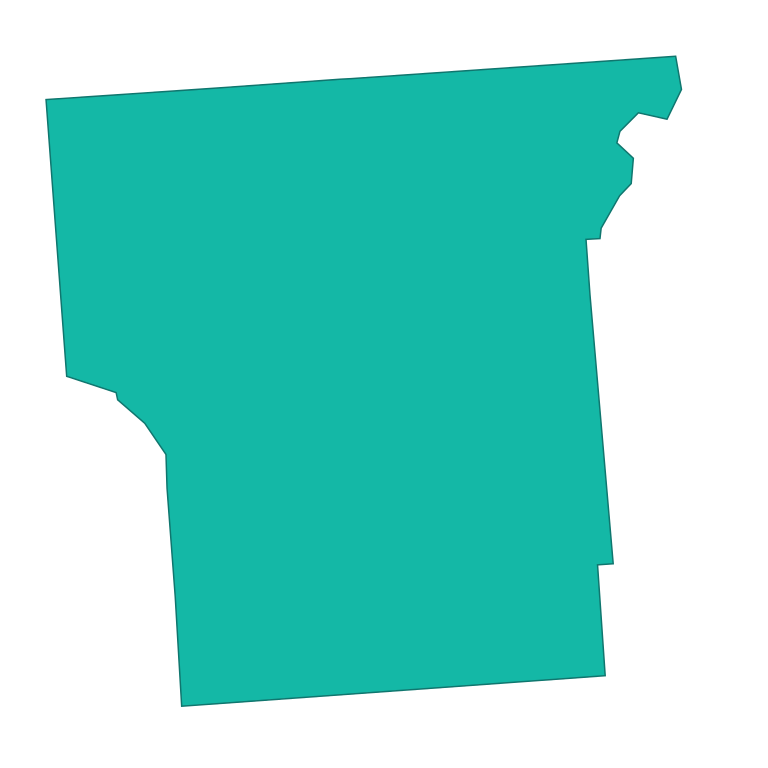 Latah, Idaho, United States of America (Robinson projection), rotated 86°
{"feature_id": "52423323B55768154384777", "entity_name": "Latah", "entity_type": "district", "adm_level": 2, "iso_a3": "USA", "parent_name": "United States of America", "parent_adm1": "Idaho", "projection": "robinson", "projection_center": [-116.78, 46.836], "detail": "fine", "context": "isolated", "style": "filled", "palette": "teal", "viewbox_px": 768, "rotation_deg": 86, "n_neighbors": 0, "source": "geoboundaries", "source_scale": "gbopen_adm2", "svg_char_len": 520}
<svg xmlns="http://www.w3.org/2000/svg" viewBox="0 0 768 768"><g transform="rotate(86 384 384)"><path d="M77.4,70.2L77.1,395.1L76.9,406.3L77.1,530.5L76.7,701.3L354.2,700.0L373.9,651.8L381.2,650.8L406.5,625.4L439.1,606.4L472.8,607.7L581.8,607.1L691.3,608.3L690.6,277.8L690.4,183.7L579.3,183.6L579.3,167.9L309.2,172.3L253.8,172.4L254.0,158.4L243.7,156.5L212.6,135.8L201.3,123.4L176.2,119.5L159.7,134.9L148.4,131.0L131.2,111.3L139.6,83.2L110.9,66.7L77.4,70.2Z" fill="#14b8a6" stroke="#0f766e" stroke-width="1.5"/></g></svg>